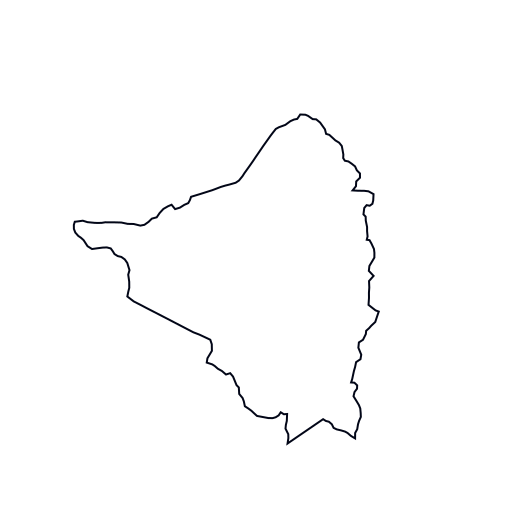 the district of Rio Branco, Mato Grosso, Brazil, rotated 209°
{"feature_id": "56859067B25898404053015", "entity_name": "Rio Branco", "entity_type": "district", "adm_level": 2, "iso_a3": "BRA", "parent_name": "Brazil", "parent_adm1": "Mato Grosso", "projection": "natural_earth1", "projection_center": [-58.151, -15.281], "detail": "fine", "context": "isolated", "style": "outline", "palette": "ink", "viewbox_px": 512, "rotation_deg": 209, "n_neighbors": 0, "source": "geoboundaries", "source_scale": "gbopen_adm2", "svg_char_len": 2792}
<svg xmlns="http://www.w3.org/2000/svg" viewBox="0 0 512 512"><g transform="rotate(209 256 256)"><path d="M172.9,335.2L177.1,340.1L179.2,343.6L182.2,344.5L184.6,350.5L183.9,354.1L180.9,355.1L179.5,358.1L180.4,361.4L183.2,367.1L189.0,367.1L192.9,365.5L198.5,362.5L203.3,360.2L202.4,365.5L204.5,369.8L203.0,374.9L205.1,378.6L209.3,379.8L212.8,382.4L217.0,383.1L221.0,383.5L224.5,382.4L227.2,383.9L228.8,387.1L232.2,391.3L234.3,393.8L238.2,395.4L242.7,395.6L245.9,396.4L250.6,397.5L253.9,396.8L257.1,400.2L264.6,403.8L269.6,404.7L272.8,403.2L278.4,403.8L281.3,403.5L285.9,401.2L286.4,395.9L288.9,393.8L291.3,390.6L293.9,384.9L298.4,379.7L300.3,376.7L301.1,371.6L301.6,368.2L302.0,364.6L303.0,355.8L303.7,348.2L304.3,341.9L304.6,338.1L305.1,333.2L305.5,329.6L306.3,322.8L306.5,319.3L307.5,313.7L309.3,310.2L314.2,305.3L317.0,302.7L320.3,299.3L323.9,295.0L326.3,292.2L335.2,282.8L341.5,276.3L340.9,272.8L340.9,269.4L343.5,266.0L346.0,261.4L349.5,257.8L354.7,259.9L357.1,256.8L359.8,252.3L361.1,247.0L361.6,241.7L365.2,238.2L366.5,233.8L368.7,229.2L371.9,226.5L375.2,225.6L378.5,224.7L383.8,221.9L390.0,220.0L397.1,216.3L401.4,213.9L404.2,212.4L407.0,210.2L409.9,208.5L412.9,206.9L419.8,203.9L424.6,202.9L428.7,199.8L431.1,198.1L430.4,194.9L428.4,191.4L425.4,188.9L421.2,187.4L418.0,187.1L414.5,186.3L408.1,182.9L402.8,182.6L398.7,185.7L394.2,189.0L390.6,191.2L386.7,192.2L383.5,190.7L380.7,189.1L376.9,188.9L373.3,189.9L369.1,189.4L365.2,187.5L359.8,182.3L358.7,177.7L356.7,175.1L354.4,172.0L351.4,166.7L350.4,162.9L348.9,158.2L340.9,157.0L332.1,157.3L326.9,157.4L307.3,158.0L273.8,158.9L267.4,159.8L255.4,160.6L251.9,157.4L248.6,151.7L248.9,143.0L247.4,138.9L241.7,140.0L238.8,139.8L234.7,138.9L230.1,138.9L224.8,137.8L221.8,141.0L217.6,139.4L210.4,133.6L207.3,132.7L203.8,127.2L198.9,125.3L196.2,123.0L192.9,119.2L188.7,118.9L184.9,118.4L182.2,117.7L177.6,116.6L166.5,120.3L162.8,122.3L160.6,124.5L158.9,127.6L158.6,131.3L154.9,131.1L152.2,132.9L149.1,126.7L148.0,122.8L146.5,119.3L141.4,115.8L139.4,112.4L137.5,107.3L118.2,145.8L114.9,145.6L111.9,146.4L108.1,145.6L104.8,143.3L101.3,143.5L97.1,144.7L93.0,145.6L90.1,145.6L85.9,144.7L80.9,144.5L83.5,149.3L83.5,153.6L85.2,158.3L85.9,161.7L86.3,166.1L88.3,169.4L90.9,173.2L93.7,175.5L97.5,177.7L102.7,180.6L103.9,184.8L103.3,188.9L104.8,191.9L108.5,192.9L111.5,191.5L112.2,195.0L114.6,202.9L115.5,206.9L117.0,211.7L114.6,216.4L116.1,220.7L122.0,225.4L124.1,230.3L121.8,234.6L122.1,241.0L123.4,244.0L122.1,247.7L121.4,250.9L119.7,256.1L120.6,260.8L121.7,266.9L125.1,266.4L133.9,267.8L136.8,274.0L139.4,278.6L141.6,283.3L145.0,288.9L143.5,295.6L150.1,297.7L152.0,302.3L151.8,308.0L151.7,312.0L154.0,316.2L156.2,319.3L161.0,322.8L164.4,324.9L167.0,323.9L167.9,327.2L170.9,331.6L172.9,335.2Z" fill="none" stroke="#020617" stroke-width="2"/></g></svg>